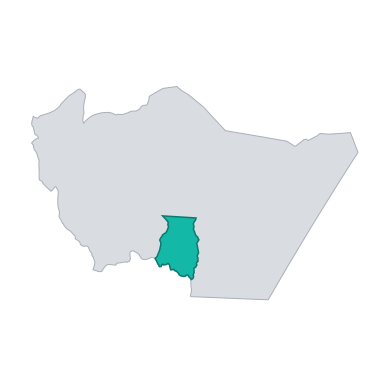 location of Wadi Fira within Chad, rotated 93°
{"feature_id": "TCD-1473", "entity_name": "Wadi Fira", "entity_type": "Prefecture", "adm_level": 1, "iso_a3": "TCD", "parent_name": "Chad", "parent_adm1": "", "projection": "orthographic", "projection_center": [21.824, 14.959], "detail": "fine", "context": "in_parent", "style": "filled", "palette": "teal", "viewbox_px": 384, "rotation_deg": 93, "n_neighbors": 0, "source": "natural_earth", "source_scale": "10m", "svg_char_len": 6701}
<svg xmlns="http://www.w3.org/2000/svg" viewBox="0 0 384 384"><g transform="rotate(93 192 192)"><path d="M295.6,110.3L295.8,119.4L295.9,128.6L296.0,137.7L296.1,146.9L296.2,156.1L296.3,165.3L296.4,174.4L296.5,183.6L296.6,186.7L296.3,187.9L296.2,188.0L295.9,188.2L291.1,187.4L289.1,187.4L286.2,188.1L281.9,188.5L279.2,188.4L277.3,190.0L275.8,191.9L276.6,196.5L276.4,198.0L275.8,199.5L274.5,200.9L273.3,202.0L272.5,202.9L271.5,205.0L270.8,205.9L270.9,207.2L270.7,208.6L269.9,209.3L267.9,209.8L266.6,210.4L265.6,211.4L264.9,212.2L265.3,213.1L265.8,214.4L266.1,216.4L266.3,217.6L267.3,218.6L267.9,219.3L268.1,220.1L267.5,220.9L265.1,222.3L264.1,222.9L263.0,223.6L262.6,223.9L260.8,225.3L259.9,226.6L259.5,227.6L259.5,229.0L260.4,231.2L261.4,233.0L261.8,234.4L262.0,235.9L261.9,237.3L261.4,238.5L260.5,239.6L257.1,241.7L255.5,244.1L254.2,246.9L253.8,248.4L254.2,249.4L254.9,250.3L255.9,250.7L257.4,250.8L259.8,250.4L262.0,250.0L264.4,251.0L265.7,253.4L265.2,255.1L266.1,258.2L266.9,262.0L266.9,263.2L267.2,263.7L268.7,263.9L269.1,264.8L268.6,271.4L269.3,273.2L270.3,274.6L271.4,275.2L272.6,276.1L273.2,276.7L274.5,276.9L276.0,278.0L276.4,279.6L276.3,281.2L275.4,284.5L274.8,286.8L273.9,286.6L272.1,286.1L270.0,285.6L267.3,285.2L264.8,286.2L262.1,287.3L261.3,288.2L260.5,288.7L259.3,288.7L258.2,288.8L257.7,289.7L256.7,290.6L252.8,292.5L251.9,293.2L251.4,293.9L251.4,294.7L251.8,296.2L251.8,298.2L251.0,299.8L249.9,300.8L248.8,301.2L247.8,301.4L247.2,302.1L245.1,305.7L244.3,306.3L242.5,306.2L237.3,311.5L236.8,313.1L234.9,315.4L232.5,317.8L230.3,319.0L230.2,319.5L229.6,320.0L228.3,320.5L223.7,323.5L218.2,323.3L215.8,324.5L213.5,325.0L210.0,325.5L209.0,325.5L204.6,325.7L199.4,325.5L197.4,325.9L195.5,327.1L194.1,328.1L193.9,328.4L194.1,328.8L194.1,329.1L197.7,331.7L198.6,332.9L197.7,334.0L197.2,334.2L197.2,334.3L196.6,335.2L194.4,338.0L191.2,341.2L189.5,342.1L188.9,342.7L188.0,344.9L187.4,345.2L185.2,345.5L180.8,345.6L174.7,346.2L171.1,346.4L168.8,346.2L165.6,347.6L164.5,348.0L163.8,348.1L160.6,349.5L157.9,351.7L157.0,352.1L153.3,353.0L151.8,354.5L151.1,354.6L148.8,352.5L147.2,350.6L146.4,348.7L146.3,348.1L145.9,348.2L144.6,349.0L143.5,349.9L142.9,351.7L139.1,352.9L135.8,353.8L134.3,355.1L132.0,355.7L129.1,355.4L126.8,354.8L124.6,354.5L125.7,352.9L126.1,351.7L126.3,350.2L126.1,349.2L124.8,348.6L124.0,347.8L122.2,343.0L120.3,338.1L117.6,333.2L114.7,330.0L112.5,328.1L111.8,327.8L110.7,327.2L110.0,326.6L106.1,323.2L102.0,319.5L101.0,317.8L99.0,315.2L96.8,312.5L95.6,311.3L95.1,309.2L96.7,307.4L98.5,305.0L100.6,303.5L103.3,303.5L107.7,304.3L112.5,304.7L117.3,304.3L118.5,304.0L119.7,304.1L122.3,304.7L126.7,304.7L129.0,303.8L126.6,302.1L124.0,299.4L121.5,296.4L120.1,293.8L118.8,290.4L117.6,286.2L116.9,280.7L117.1,277.7L117.6,275.5L119.0,272.0L118.1,269.9L118.4,268.2L118.3,265.8L117.9,264.5L116.3,260.3L116.0,259.8L114.5,256.9L114.0,252.1L112.3,248.9L109.6,247.3L108.1,245.4L107.6,242.1L106.6,241.2L102.3,239.9L98.7,239.7L96.2,236.0L93.0,231.1L90.1,226.5L88.4,217.6L87.4,212.5L88.8,211.0L91.4,207.5L94.9,200.7L102.6,190.3L106.5,185.0L114.3,177.1L123.7,167.4L129.0,161.9L130.2,151.6L131.4,140.8L132.4,132.6L133.5,122.9L134.5,114.8L135.2,108.9L136.2,100.5L136.9,98.9L140.6,92.4L140.9,91.6L140.3,90.4L135.5,84.7L134.0,83.4L133.2,80.5L134.6,78.9L129.0,69.4L127.5,68.2L126.9,67.0L126.9,65.4L127.1,58.9L126.0,48.7L124.4,36.9L131.5,33.7L136.9,31.4L143.7,28.3L149.8,31.8L158.7,36.8L167.6,41.8L176.5,46.8L185.5,51.8L194.5,56.8L203.5,61.7L212.6,66.7L221.7,71.6L230.8,76.5L240.0,81.4L249.2,86.2L258.4,91.1L267.7,95.9L277.0,100.7L286.3,105.5L295.6,110.3Z" fill="#d9dde1" stroke="#a8b0b8" stroke-width="1"/><path d="M279.5,188.3L279.0,188.4L278.5,188.7L277.2,190.3L275.7,191.3L275.3,191.7L275.1,192.4L275.3,193.0L275.6,193.5L276.1,193.9L276.5,194.5L276.7,195.2L276.7,195.9L276.5,198.3L276.3,198.7L275.5,200.4L275.3,200.5L274.6,200.8L274.2,201.1L273.8,201.4L272.0,203.3L271.8,203.7L271.7,204.2L271.7,204.6L271.5,205.0L271.2,205.3L270.4,205.8L270.3,206.1L270.3,206.7L270.4,207.8L270.5,208.2L270.9,208.8L270.9,209.0L270.8,209.3L270.6,209.4L266.6,210.5L265.7,210.9L264.9,211.6L264.6,212.3L265.0,213.1L265.6,213.5L265.8,213.8L266.1,216.0L266.3,216.4L266.3,216.5L266.2,216.6L265.9,216.7L265.8,216.8L265.7,217.2L265.6,217.3L265.7,217.6L265.9,218.0L266.1,218.3L266.5,218.5L267.6,218.7L267.9,218.9L268.1,219.3L268.3,220.0L268.2,220.6L267.9,221.0L267.5,221.1L266.9,221.2L266.5,221.5L265.7,222.2L265.4,222.5L262.2,224.0L261.6,224.4L261.1,224.9L260.9,225.1L260.4,225.2L260.1,225.2L259.8,225.1L259.6,224.9L259.1,224.1L258.2,223.5L251.4,221.2L246.1,220.4L245.8,220.4L244.6,220.4L244.0,220.6L243.1,221.0L242.9,221.1L242.6,221.4L242.4,221.4L242.0,221.6L241.8,221.6L241.4,221.6L240.7,221.4L238.8,220.4L237.4,219.4L237.2,219.4L236.9,219.4L236.6,219.3L235.4,218.0L234.9,217.4L234.5,216.4L234.4,216.3L234.4,216.2L233.7,215.9L233.4,215.7L233.1,215.5L233.0,215.4L232.9,215.3L232.5,215.2L232.4,215.2L232.2,215.0L228.6,213.8L228.5,213.7L228.3,213.7L227.4,213.8L227.2,213.9L226.2,214.4L225.8,214.4L225.1,214.2L224.9,214.2L224.7,214.3L224.4,214.3L224.2,214.2L223.8,214.2L223.5,214.2L223.3,214.2L223.2,214.3L223.1,214.5L222.9,214.8L222.3,215.1L222.2,215.1L222.1,215.3L222.0,215.5L221.7,215.7L220.6,216.7L217.4,220.1L217.7,186.6L219.3,186.9L219.9,187.1L220.3,187.3L221.3,188.0L223.2,188.9L223.5,189.0L224.7,188.8L225.5,188.4L227.3,188.2L227.5,188.2L227.7,188.4L228.1,188.5L228.5,188.7L228.9,188.7L229.3,188.6L229.5,188.5L230.1,188.1L230.8,187.7L234.2,186.4L235.4,185.6L235.7,185.3L236.0,185.0L236.3,184.3L236.4,184.2L236.5,184.1L237.1,183.8L238.2,183.4L238.6,183.2L239.0,182.8L239.3,182.6L239.5,182.6L241.1,183.6L243.3,184.6L243.5,184.6L243.8,184.6L245.0,184.0L245.2,183.9L250.2,182.8L251.3,182.5L252.0,182.3L252.5,182.3L254.2,182.9L255.1,183.4L255.5,183.5L255.8,183.5L256.7,183.1L257.1,182.8L257.7,182.6L258.5,182.5L259.1,182.5L259.6,182.6L260.2,182.8L260.3,182.7L260.6,182.5L260.7,182.4L260.8,182.3L261.4,182.9L262.2,183.5L262.4,183.6L262.7,183.7L262.8,183.8L263.1,183.8L263.3,183.8L263.5,183.8L263.9,183.7L264.0,183.6L264.3,183.4L264.5,183.4L264.8,183.4L264.8,183.5L265.0,183.6L265.6,183.9L265.8,183.9L266.6,184.2L266.7,184.3L266.8,184.4L266.9,184.7L266.9,184.8L267.0,184.9L267.1,185.0L267.3,185.1L267.5,185.2L267.5,185.3L267.6,185.5L267.8,185.7L267.9,185.8L268.0,185.9L268.0,186.0L268.4,186.2L268.5,186.2L268.9,186.0L269.0,186.0L269.3,186.0L269.9,185.9L270.6,185.8L271.0,185.8L271.5,185.8L272.1,185.7L272.3,185.6L272.5,185.6L273.1,186.0L273.3,186.1L273.8,186.2L274.0,186.3L274.5,186.4L274.6,186.5L274.8,186.5L275.0,186.4L275.4,186.3L275.8,186.1L276.0,186.0L276.3,186.0L276.6,186.0L277.1,186.1L278.2,186.5L278.3,186.6L278.5,186.7L279.5,188.2L279.5,188.3L279.5,188.3Z" fill="#14b8a6" stroke="#0f766e" stroke-width="1.5"/></g></svg>